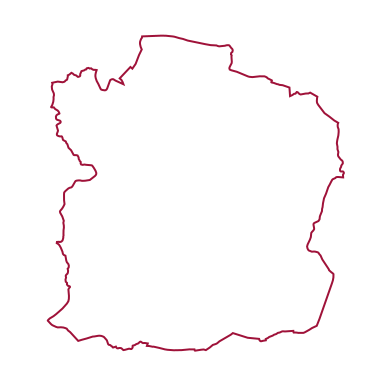 outline of Mueang Ang Thong, Ang Thong, Thailand, rotated 176°
{"feature_id": "78962969B37597222908086", "entity_name": "Mueang Ang Thong", "entity_type": "district", "adm_level": 2, "iso_a3": "THA", "parent_name": "Thailand", "parent_adm1": "Ang Thong", "projection": "orthographic", "projection_center": [100.455, 14.575], "detail": "fine", "context": "isolated", "style": "outline", "palette": "rose", "viewbox_px": 384, "rotation_deg": 176, "n_neighbors": 0, "source": "geoboundaries", "source_scale": "gbopen_adm2", "svg_char_len": 5911}
<svg xmlns="http://www.w3.org/2000/svg" viewBox="0 0 384 384"><g transform="rotate(176 192 192)"><path d="M161.1,48.4L146.6,42.7L135.3,40.8L135.0,39.5L134.5,38.8L134.0,38.4L133.3,38.3L131.6,38.6L128.7,38.9L128.7,40.2L126.4,41.1L125.1,42.0L121.5,43.1L120.1,43.9L118.0,44.4L116.1,45.5L114.3,45.7L112.0,46.6L111.0,46.7L109.0,46.4L100.6,46.4L100.5,44.9L100.4,44.7L98.2,44.6L95.4,44.0L90.7,43.7L89.4,44.1L84.5,46.4L81.8,47.9L76.9,49.8L73.7,56.5L58.7,91.3L57.6,94.1L56.9,96.9L56.6,100.2L57.1,100.9L59.1,102.7L60.7,104.4L60.9,105.3L62.0,107.3L66.7,115.6L68.2,119.7L69.1,120.8L70.2,122.7L71.1,123.2L73.2,123.9L74.4,124.1L76.6,124.1L79.5,125.5L80.1,126.2L80.7,127.6L81.0,129.6L80.3,131.6L77.7,136.2L76.6,138.7L75.9,142.8L75.2,143.7L73.7,145.1L72.8,146.3L72.7,147.4L73.1,150.9L72.8,152.0L72.1,152.6L67.9,154.2L66.7,155.8L66.1,158.9L63.7,163.8L63.4,166.1L62.8,167.8L62.1,171.6L61.2,174.8L60.8,176.4L58.4,181.0L55.7,187.4L54.3,189.5L52.2,193.0L51.2,194.5L50.7,194.9L48.1,195.9L47.1,196.7L46.4,196.8L45.3,196.8L40.9,196.1L40.2,196.0L40.2,198.5L40.0,199.0L39.3,199.9L39.2,200.9L39.7,201.7L40.1,202.0L42.1,202.1L42.5,202.4L42.8,202.9L42.8,204.1L42.6,205.0L41.5,206.7L41.2,208.0L39.6,209.9L39.5,211.4L39.7,212.2L40.1,212.9L41.4,214.1L43.4,217.1L43.7,217.8L43.8,219.0L43.2,221.7L43.9,224.6L43.7,227.0L44.1,230.3L43.9,231.6L43.4,233.8L42.1,238.1L41.5,241.7L41.4,244.4L42.0,246.5L42.1,247.7L41.9,249.4L41.3,250.8L45.1,253.4L49.7,257.6L54.3,261.4L60.0,270.1L60.9,271.9L61.1,273.0L61.1,274.3L60.7,276.9L60.3,278.3L67.2,282.9L69.0,282.2L71.7,282.3L76.8,281.7L77.9,282.2L79.7,284.2L80.6,284.4L81.9,282.9L83.4,282.8L85.1,281.7L87.5,280.8L87.5,289.4L94.1,292.2L97.3,292.8L98.7,293.5L99.7,293.7L102.8,295.1L104.9,295.7L105.2,295.9L105.2,296.2L104.5,297.4L104.6,297.8L108.7,300.2L109.0,300.8L110.3,301.7L111.6,302.3L116.3,302.7L123.7,302.4L126.7,302.9L128.1,303.4L138.9,308.8L144.3,310.7L145.8,311.5L146.1,312.7L146.0,313.3L145.5,314.4L143.5,317.7L143.2,319.1L143.2,324.2L142.9,325.6L143.5,326.4L143.5,326.7L143.2,328.0L141.9,329.0L141.5,330.4L141.6,331.2L141.9,331.9L143.0,333.2L144.3,335.3L144.7,335.7L145.4,335.9L146.5,336.0L147.7,335.9L148.9,335.6L154.7,335.4L156.0,335.8L157.4,336.5L163.1,337.2L168.3,338.5L185.8,343.4L190.3,345.3L194.0,346.4L198.6,348.1L200.2,348.5L207.1,349.7L211.5,350.1L230.9,350.7L231.2,349.3L231.9,348.5L232.7,347.0L233.3,345.5L233.5,344.2L233.5,343.0L233.1,340.4L232.2,337.7L235.3,332.3L239.3,323.7L242.9,319.2L244.7,321.0L256.2,310.4L254.5,308.6L253.5,306.4L252.9,304.3L260.6,308.5L262.5,309.9L263.2,310.1L264.2,310.0L265.5,309.5L265.9,309.1L269.4,301.2L270.1,300.2L271.0,299.6L271.9,299.5L274.2,300.0L275.4,300.5L276.0,301.3L277.9,306.3L279.3,309.3L280.1,312.3L280.3,314.4L280.1,316.0L279.5,318.1L278.6,320.3L279.3,320.5L281.9,320.8L283.1,321.5L284.0,322.4L285.5,322.3L286.5,323.0L288.2,322.8L288.5,322.6L288.9,321.7L289.9,321.6L291.0,320.9L293.8,320.3L295.3,317.4L295.4,315.8L295.8,315.3L297.1,314.8L298.0,314.9L299.3,316.3L301.4,317.1L302.7,318.5L304.0,319.3L306.3,317.6L307.8,317.1L307.8,316.0L308.7,313.0L309.2,312.5L310.3,312.1L311.0,311.3L311.9,310.8L313.4,310.5L318.2,311.5L323.9,310.7L323.6,309.4L324.5,307.1L324.5,305.4L324.4,303.9L323.0,300.1L322.9,298.3L323.5,296.4L323.6,294.3L324.1,291.7L325.3,288.6L326.6,286.6L326.4,286.3L325.8,286.1L324.0,286.1L322.7,284.3L320.4,282.7L319.5,281.6L318.9,280.1L318.8,279.5L319.1,279.3L320.8,278.7L321.9,277.9L322.5,276.7L322.5,274.8L322.2,274.1L321.6,273.5L318.8,272.4L318.4,272.0L318.1,271.2L318.3,270.5L318.7,270.1L321.3,268.9L322.1,268.3L322.5,267.8L322.4,267.1L321.4,262.6L321.6,261.9L322.7,259.5L322.8,258.7L322.7,258.2L322.3,257.7L321.2,257.1L320.0,256.7L318.2,256.6L317.9,256.4L317.5,255.4L317.1,253.1L316.4,252.5L314.4,251.2L313.9,249.5L313.0,248.4L312.1,244.7L309.7,242.1L307.5,237.3L306.9,237.0L304.7,236.8L303.6,236.4L302.7,234.4L302.7,232.9L302.0,231.5L301.9,230.9L300.9,229.7L301.1,228.2L300.7,227.2L299.2,226.7L297.4,226.9L295.7,226.5L290.6,225.7L289.7,225.3L288.3,223.0L286.8,220.0L286.2,218.0L286.2,216.9L286.5,216.0L287.6,214.8L293.1,211.1L298.0,210.7L300.9,210.8L302.9,211.4L304.1,211.5L306.2,211.4L307.3,211.1L307.8,210.6L310.6,206.4L311.5,205.4L312.2,205.0L313.9,204.7L315.2,204.1L318.2,201.8L319.5,200.5L319.8,198.9L320.2,192.8L320.0,188.8L321.3,186.5L322.8,184.4L324.7,182.5L325.1,181.6L324.9,180.4L323.1,176.6L321.9,172.2L322.5,170.2L322.2,167.5L322.3,165.3L322.8,162.9L323.2,158.6L323.1,158.0L323.5,156.6L323.6,155.3L324.1,153.8L324.6,152.6L325.8,151.6L327.4,151.3L328.1,151.6L330.2,151.6L330.5,150.4L329.5,149.8L328.3,148.6L327.8,147.8L326.7,145.4L325.4,141.5L325.1,139.4L324.7,138.7L324.2,138.1L322.7,137.3L322.2,132.3L321.7,130.6L320.4,128.8L320.0,127.3L320.2,125.6L320.6,124.9L321.4,124.1L321.1,122.3L321.3,120.8L321.8,119.4L323.2,118.2L323.7,117.5L323.8,116.8L323.6,115.5L324.3,113.4L324.2,111.3L323.0,110.0L323.2,108.4L322.3,107.1L320.9,106.6L320.4,106.2L320.4,105.6L321.3,104.7L322.1,103.4L322.0,97.0L322.3,93.9L323.0,91.6L324.6,89.4L329.3,84.8L336.1,79.6L338.8,77.8L342.7,75.8L344.4,74.4L344.8,73.7L342.0,70.2L341.0,69.2L340.1,68.6L337.0,66.9L335.4,66.3L332.2,66.2L329.8,65.8L327.9,65.1L326.5,64.4L325.3,62.5L323.3,60.7L315.9,51.4L312.0,52.3L307.4,53.2L301.1,54.7L299.5,54.7L295.6,55.1L294.2,55.1L292.3,54.7L290.4,53.8L289.8,53.3L287.5,50.3L287.2,49.7L286.3,46.2L285.8,45.5L284.1,44.9L283.0,43.7L282.2,43.3L281.9,42.5L281.3,42.4L278.7,43.1L278.2,41.9L277.5,41.3L276.5,41.2L275.6,41.5L274.0,41.3L273.3,41.0L271.5,39.1L270.1,39.2L265.7,40.1L263.9,39.6L263.4,39.6L262.7,40.1L262.1,41.0L262.0,42.6L261.7,42.9L259.9,43.2L258.3,44.1L256.2,44.7L254.5,46.1L253.9,46.3L253.3,46.1L252.4,45.3L251.4,44.7L249.7,44.7L246.7,44.0L247.7,41.6L245.3,41.3L242.1,40.4L241.1,40.4L235.4,38.7L230.0,36.9L227.4,36.3L221.2,35.4L213.4,35.0L205.5,35.2L200.5,34.8L200.3,33.7L200.0,33.5L194.0,34.0L191.4,34.1L189.2,33.3L185.0,35.7L181.9,38.0L178.9,38.7L177.5,39.3L175.1,41.1L163.3,46.9L161.1,48.4Z" fill="none" stroke="#9f1239" stroke-width="2"/></g></svg>